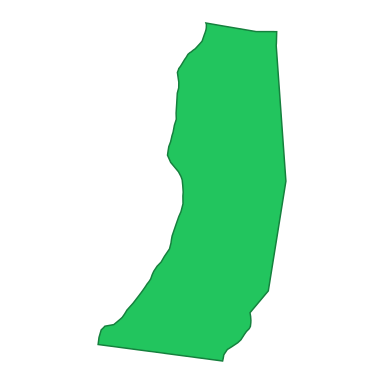 the district of Fond Berange, Laborie, Saint Lucia
{"feature_id": "8701671B1991093639025", "entity_name": "Fond Berange", "entity_type": "district", "adm_level": 2, "iso_a3": "LCA", "parent_name": "Saint Lucia", "parent_adm1": "Laborie", "projection": "equal_earth", "projection_center": [-61.005, 13.783], "detail": "fine", "context": "isolated", "style": "filled", "palette": "green", "viewbox_px": 384, "rotation_deg": 0, "n_neighbors": 0, "source": "geoboundaries", "source_scale": "gbopen_adm2", "svg_char_len": 1417}
<svg xmlns="http://www.w3.org/2000/svg" viewBox="0 0 384 384"><path d="M171.9,136.0L171.6,137.5L170.6,141.8L168.8,146.6L168.1,150.9L167.5,155.2L170.7,162.4L178.5,171.8L181.0,176.5L182.2,179.9L182.8,186.1L183.2,192.2L182.9,195.9L183.0,203.8L181.0,211.6L178.8,216.6L176.3,223.7L173.7,231.3L172.1,236.0L171.4,239.9L171.0,243.0L169.5,248.9L164.4,256.4L161.1,262.1L157.2,266.1L153.8,271.2L152.2,274.7L150.7,279.0L149.0,281.6L147.1,284.0L145.7,286.2L142.6,290.7L139.1,295.4L133.1,303.2L129.6,307.1L127.0,310.0L124.6,314.0L122.3,317.3L120.6,318.9L113.8,324.6L104.9,326.2L103.6,327.6L101.2,329.9L99.0,337.5L98.1,344.5L222.6,361.0L222.7,360.6L223.2,358.3L223.6,356.1L223.8,354.8L226.9,350.1L227.5,349.4L232.6,346.2L233.0,345.9L237.8,342.7L238.1,342.4L240.9,339.8L244.5,334.2L246.5,331.4L249.2,328.7L250.4,326.4L250.5,325.5L250.8,322.8L250.9,320.5L250.6,316.3L250.0,312.7L268.3,290.9L268.4,290.3L277.7,232.4L285.9,181.2L281.6,121.3L276.2,45.6L276.4,43.1L276.7,31.7L271.9,31.6L256.2,31.6L222.0,25.8L205.9,23.0L206.4,24.5L206.4,24.8L206.3,27.9L206.0,29.7L205.2,32.4L204.3,34.8L202.3,40.6L202.0,41.3L200.0,43.6L195.2,48.8L193.2,50.2L191.2,51.9L190.0,52.6L188.0,54.3L185.9,57.8L184.9,59.1L181.8,64.2L180.5,66.3L178.8,68.5L178.4,69.9L177.4,72.4L178.1,77.4L178.8,82.2L178.7,87.9L177.3,93.1L177.0,98.5L176.7,103.6L176.1,113.1L176.3,119.3L174.4,125.2L173.1,132.2L171.9,136.0Z" fill="#22c55e" stroke="#15803d" stroke-width="1.5"/></svg>